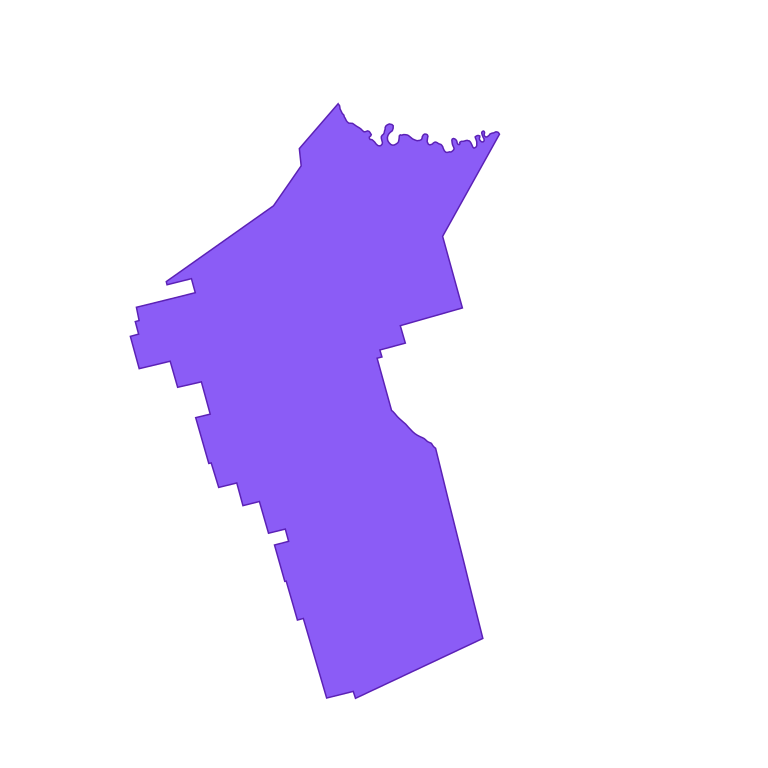 Loreto, Santiago del Estero, Argentina, rotated 334°
{"feature_id": "61730980B13568432968305", "entity_name": "Loreto", "entity_type": "district", "adm_level": 2, "iso_a3": "ARG", "parent_name": "Argentina", "parent_adm1": "Santiago del Estero", "projection": "natural_earth1", "projection_center": [-64.074, -28.643], "detail": "fine", "context": "isolated", "style": "filled", "palette": "violet", "viewbox_px": 768, "rotation_deg": 334, "n_neighbors": 0, "source": "geoboundaries", "source_scale": "gbopen_adm2", "svg_char_len": 3663}
<svg xmlns="http://www.w3.org/2000/svg" viewBox="0 0 768 768"><g transform="rotate(334 384 384)"><path d="M220.6,654.0L361.3,656.0L368.3,622.8L372.5,603.1L377.1,581.9L381.6,560.6L390.6,518.1L396.4,491.3L399.1,478.8L402.2,464.4L401.3,462.5L400.8,460.5L400.7,458.9L400.4,457.8L399.4,456.7L398.3,455.4L397.5,454.0L396.9,452.3L396.2,450.7L395.1,449.2L393.4,447.2L391.6,444.8L390.1,442.3L388.8,439.3L386.9,433.3L385.9,429.6L384.4,426.1L382.8,422.2L381.7,419.2L380.8,415.5L379.9,412.5L379.2,411.1L389.1,357.8L394.0,358.8L395.2,351.6L421.1,356.6L424.2,338.7L452.4,343.7L475.4,347.8L487.8,350.0L501.4,277.0L597.3,210.1L597.0,208.0L596.0,206.9L594.7,206.3L593.4,206.4L592.2,206.3L591.3,205.9L589.9,205.8L588.6,205.8L587.9,206.4L586.7,206.7L585.5,207.0L584.7,207.0L583.6,206.4L583.1,205.1L583.3,203.7L584.1,202.9L584.7,201.9L584.7,200.9L584.4,200.3L583.3,200.1L582.4,200.5L581.9,201.1L581.7,201.8L581.4,203.3L581.3,204.9L581.2,206.1L581.4,207.3L581.1,208.1L580.8,209.1L580.0,209.6L579.0,209.8L578.0,209.2L577.5,208.4L577.1,206.8L577.1,205.6L577.7,204.7L578.4,204.1L578.8,203.0L577.9,202.1L576.8,201.6L575.5,201.6L574.2,201.9L574.0,203.2L573.9,204.7L573.7,206.1L573.4,207.3L572.5,209.1L572.0,210.2L571.2,211.0L570.3,211.4L569.3,211.5L568.3,211.4L567.8,210.5L567.7,209.4L567.8,207.9L567.8,205.5L567.7,204.4L567.3,203.0L566.3,202.2L565.6,201.5L564.4,201.1L562.4,200.8L561.3,200.5L560.2,199.9L559.2,199.8L558.0,200.0L557.8,201.0L557.2,201.6L556.4,201.8L555.6,201.0L555.4,199.5L555.8,198.2L555.9,196.9L555.5,195.4L554.8,194.5L554.1,193.8L552.9,193.7L551.9,194.5L551.5,195.6L550.9,197.3L550.5,198.9L550.4,200.6L550.4,201.8L550.1,203.3L549.3,204.0L548.0,204.5L546.7,204.8L545.7,204.8L544.8,204.1L543.3,203.8L542.1,203.5L541.1,202.7L540.5,200.9L540.5,199.3L540.6,197.7L540.8,196.5L540.6,194.9L540.2,193.7L539.3,192.8L538.4,191.9L537.7,190.6L537.0,189.7L536.3,189.1L535.5,188.9L534.0,189.0L532.9,189.5L532.1,189.5L530.1,189.2L529.0,188.0L529.0,186.2L529.0,185.1L530.0,183.5L531.2,181.7L532.1,180.6L532.2,179.1L531.7,178.2L530.3,177.2L528.8,177.2L526.9,178.4L526.0,179.7L525.0,180.6L524.4,180.7L522.8,180.7L521.8,180.3L520.5,179.9L519.6,179.1L518.4,177.8L517.1,176.2L516.4,174.6L515.6,172.9L514.9,171.4L514.0,170.3L512.1,169.0L510.6,168.3L509.1,168.2L507.8,167.2L506.5,167.7L505.6,169.3L504.4,171.1L503.1,172.7L502.0,173.3L500.2,173.6L498.0,173.7L496.4,173.1L495.2,171.8L494.4,169.7L494.1,167.8L494.2,166.3L495.0,164.1L496.3,162.5L498.0,161.3L499.7,160.6L502.5,160.0L504.3,158.2L505.5,155.9L504.9,154.3L502.8,152.6L500.5,152.5L498.6,153.0L497.4,154.1L496.8,155.4L495.3,156.9L494.3,158.3L493.1,159.2L491.5,159.6L490.1,160.4L489.4,161.7L489.2,162.5L488.8,164.4L488.4,166.4L487.5,167.6L485.7,168.3L484.5,168.1L483.0,167.0L482.1,164.7L481.7,162.5L481.0,160.6L480.3,159.1L478.7,158.1L478.6,156.5L479.1,155.6L480.8,155.2L481.9,154.3L481.6,151.4L481.3,150.4L480.2,149.3L478.0,149.1L476.6,148.6L475.8,146.9L475.0,144.5L474.1,142.9L472.3,140.2L470.0,136.0L468.1,134.9L466.7,134.1L465.9,132.3L465.6,130.9L465.6,128.0L465.4,126.5L465.8,124.7L465.1,122.5L465.1,120.8L465.1,118.9L465.1,117.4L465.7,115.7L466.1,114.1L465.6,112.4L465.6,112.0L411.1,135.3L405.2,151.6L388.9,160.8L362.8,175.4L330.2,180.7L233.2,196.5L232.5,199.7L257.1,204.9L255.7,212.2L254.4,219.2L228.9,213.8L195.1,206.5L191.7,219.6L187.8,218.9L185.3,231.6L176.9,230.0L170.7,262.9L201.8,269.8L197.1,296.5L220.8,302.0L214.6,334.9L200.0,331.7L191.7,378.6L194.1,379.2L190.1,404.5L208.3,408.4L203.9,431.5L220.5,435.0L214.8,467.5L231.7,471.1L229.3,483.6L215.0,480.7L208.3,517.9L209.7,518.3L205.3,543.6L202.7,558.2L208.7,559.4L199.4,614.2L194.8,641.1L221.6,646.8L220.6,654.0Z" fill="#8b5cf6" stroke="#5b21b6" stroke-width="1.5"/></g></svg>